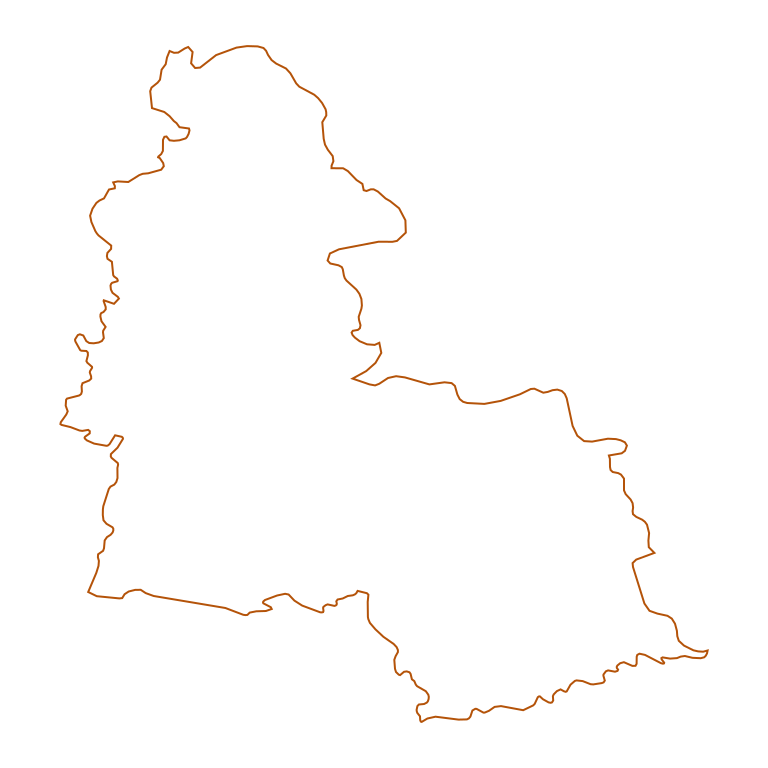 the border of Sumy
{"feature_id": "UKR-325", "entity_name": "Sumy", "entity_type": "Region", "adm_level": 1, "iso_a3": "UKR", "parent_name": "Ukraine", "parent_adm1": "", "projection": "natural_earth1", "projection_center": [34.032, 51.234], "detail": "fine", "context": "isolated", "style": "outline", "palette": "amber", "viewbox_px": 768, "rotation_deg": 0, "n_neighbors": 0, "source": "natural_earth", "source_scale": "10m", "svg_char_len": 6019}
<svg xmlns="http://www.w3.org/2000/svg" viewBox="0 0 768 768"><path d="M247.1,46.1L257.7,46.4L263.5,48.0L266.1,50.8L268.0,54.9L271.6,60.1L276.2,63.6L286.0,68.5L290.4,73.3L296.2,83.4L299.3,86.7L314.2,94.7L318.1,98.1L322.1,103.0L325.6,109.3L326.2,112.1L326.3,115.5L322.3,122.2L323.7,138.8L325.0,144.6L327.8,149.7L332.7,156.1L333.4,161.2L331.6,165.6L331.5,168.2L343.2,168.3L347.9,171.1L356.5,180.0L362.4,183.9L363.7,190.2L366.5,191.0L370.9,189.3L373.6,189.3L377.8,191.5L385.6,198.5L390.1,201.1L399.1,208.3L405.4,220.3L405.8,232.6L397.0,240.9L392.4,241.8L378.7,241.7L339.0,249.3L329.9,253.5L327.6,260.5L330.3,263.5L338.5,265.3L341.8,267.1L342.8,269.3L343.9,275.5L344.8,278.2L346.5,280.6L356.4,289.6L359.4,293.8L361.4,299.0L361.9,305.5L361.4,308.7L358.7,316.8L359.0,319.9L360.5,325.2L359.9,328.2L357.9,329.9L352.8,330.8L351.6,332.6L352.6,335.1L354.9,337.6L359.6,341.2L367.0,344.3L374.7,344.9L379.3,342.8L381.3,352.9L375.5,362.9L366.2,371.1L352.6,378.6L369.5,384.4L375.1,385.4L379.2,383.8L388.0,378.0L396.1,376.2L404.9,377.4L429.4,384.4L444.5,382.3L451.6,383.1L454.9,385.9L457.4,394.6L459.7,399.1L463.1,401.8L467.2,403.0L484.4,403.9L500.7,400.9L519.9,394.3L530.8,389.0L534.4,388.7L543.3,392.7L547.8,391.9L552.5,390.2L557.3,389.6L561.8,391.0L564.8,394.0L566.7,398.3L572.6,425.9L577.3,435.7L584.1,441.1L592.1,441.6L607.9,438.7L616.0,439.1L620.7,440.3L624.9,442.3L626.9,445.6L625.0,450.8L621.7,453.3L608.9,455.5L609.9,458.8L610.0,467.0L610.6,470.0L612.7,472.0L618.2,473.1L621.0,474.6L624.0,478.6L624.0,490.4L625.7,494.2L630.6,499.5L632.6,503.2L633.1,507.5L632.6,511.1L633.0,514.2L636.3,516.9L642.2,519.7L644.9,521.8L647.0,524.7L649.1,533.1L648.4,540.6L648.8,547.2L654.4,552.9L636.2,559.6L632.6,563.1L633.0,567.0L644.4,603.5L649.5,610.8L657.4,613.6L667.5,615.8L671.8,618.6L675.0,623.7L676.9,630.8L677.3,636.2L678.8,640.8L684.0,645.6L693.4,650.3L698.2,651.4L703.2,651.7L707.6,650.5L707.0,653.4L705.8,655.7L704.2,657.3L700.7,658.2L692.4,657.8L684.9,656.0L680.7,656.6L677.0,658.1L670.1,658.6L662.6,657.4L661.4,658.1L661.6,659.3L664.2,662.7L664.0,663.4L663.0,663.7L661.0,663.2L645.0,654.9L639.5,653.7L637.3,654.9L636.7,656.7L636.6,663.8L635.5,665.8L632.4,665.9L623.9,662.2L620.2,663.2L617.3,665.6L616.7,667.0L616.9,668.1L618.1,669.6L617.5,670.9L615.0,671.7L608.1,670.4L605.9,671.3L603.5,674.5L603.4,675.7L604.8,680.6L603.6,682.4L601.7,683.1L593.3,684.4L590.6,684.2L582.7,681.1L576.6,680.4L574.9,680.9L570.5,684.7L566.7,691.4L565.7,691.8L564.0,691.3L560.6,689.4L556.9,691.1L553.7,694.4L552.9,696.2L553.2,700.5L552.0,702.4L550.7,702.8L548.6,702.4L542.9,699.2L539.9,696.4L539.0,696.4L537.8,697.2L534.7,703.9L533.2,705.4L523.2,710.2L501.0,706.1L494.6,706.9L489.0,710.8L484.7,712.6L483.4,712.6L476.6,708.9L475.3,708.8L472.4,710.5L470.4,716.6L468.9,718.4L466.9,719.4L458.5,719.6L435.5,716.7L427.4,718.5L421.7,721.9L420.8,721.6L420.2,720.1L420.0,716.3L417.3,712.9L416.8,711.4L416.6,709.9L417.4,706.1L418.9,704.5L424.1,704.0L426.8,702.6L427.8,701.4L428.6,699.1L428.8,696.8L428.3,694.7L425.8,691.2L417.1,686.2L415.8,684.6L414.3,681.1L411.9,679.3L410.6,673.9L409.5,672.3L406.7,671.4L404.0,671.8L400.1,675.1L398.8,674.7L396.0,672.0L395.0,668.8L394.3,659.8L395.6,656.2L397.9,652.1L397.9,650.0L396.6,647.1L393.7,644.0L383.4,636.8L375.4,629.3L369.9,622.9L368.3,619.1L367.9,617.0L367.7,601.9L368.4,594.7L366.9,593.2L357.6,590.9L356.3,593.2L354.9,594.4L352.8,595.3L347.8,596.0L342.7,598.5L337.6,599.5L336.3,601.3L336.8,603.6L336.6,604.7L335.7,605.5L334.4,605.9L327.6,604.4L325.6,605.2L323.4,606.9L323.1,607.9L323.5,611.0L323.1,612.1L321.9,612.4L320.2,612.3L302.2,605.6L294.4,600.6L288.6,594.5L285.1,593.8L277.1,595.5L265.0,600.0L263.4,601.4L263.0,602.2L263.3,603.3L270.8,607.2L271.7,609.0L265.9,611.0L256.3,611.3L249.7,612.6L247.4,614.9L245.6,615.1L243.3,614.8L225.4,608.0L153.7,596.0L145.7,593.1L140.7,589.8L135.1,589.9L128.7,591.5L124.6,594.2L122.2,598.1L119.3,598.4L96.8,596.2L88.2,592.0L96.3,572.9L98.5,565.9L98.9,560.9L97.9,557.3L98.1,554.3L103.1,550.8L104.0,548.3L104.7,540.4L107.0,537.1L110.6,534.8L112.6,532.5L113.3,530.5L113.3,528.7L112.5,527.3L106.5,523.8L103.5,520.3L102.8,515.0L102.9,509.3L103.3,506.2L108.8,489.0L110.5,486.6L114.3,484.6L116.3,482.0L117.5,478.1L117.4,467.9L118.1,464.7L117.8,463.1L111.5,457.8L110.8,456.5L110.9,454.1L117.5,447.7L123.0,438.8L122.7,437.6L121.8,436.8L115.1,435.3L109.5,444.2L107.7,445.6L106.4,445.8L94.1,443.6L86.9,440.4L84.8,438.5L84.6,437.5L85.1,436.7L89.7,433.4L89.8,431.2L88.2,429.9L82.3,430.9L79.5,430.5L70.5,427.1L61.5,424.9L60.4,424.1L60.8,422.2L66.3,414.5L67.7,411.3L65.7,405.7L66.1,399.8L67.0,398.6L79.1,395.5L80.2,394.8L81.2,393.9L81.9,391.5L81.6,386.2L82.5,383.2L89.2,380.5L91.2,378.6L91.1,376.3L89.8,372.6L90.0,371.2L92.1,367.8L92.0,366.8L87.4,362.8L86.4,361.1L87.9,355.3L87.8,352.5L86.4,351.0L81.3,350.7L80.2,350.1L75.4,341.5L75.0,339.8L75.3,339.0L77.8,335.1L79.9,334.3L83.3,335.5L86.3,341.1L89.2,343.0L93.7,343.3L98.7,342.5L101.9,341.0L103.8,338.1L103.0,332.3L103.2,330.7L105.6,326.9L101.5,321.3L100.4,316.6L100.5,314.4L101.2,313.1L103.5,312.0L105.7,309.4L105.7,307.0L103.6,301.0L103.8,300.3L114.0,303.8L118.9,298.6L117.9,296.9L112.5,292.8L110.9,289.5L110.5,285.6L111.1,283.9L112.1,282.8L117.5,281.2L117.8,280.4L117.1,278.7L114.0,276.4L113.2,275.1L111.9,261.8L107.5,258.8L106.9,256.1L107.4,252.9L111.1,248.9L111.2,245.6L98.5,235.4L96.9,233.5L95.4,231.2L91.4,222.0L90.1,215.7L92.5,208.7L96.4,202.9L99.5,200.5L104.0,198.4L109.0,189.5L114.8,188.3L114.9,186.1L113.2,182.4L117.8,181.4L128.3,182.0L139.3,175.1L142.7,173.8L148.2,173.3L161.2,169.7L163.8,166.2L163.2,163.1L159.7,158.0L158.1,157.3L158.3,156.6L161.2,154.1L162.9,150.9L163.0,139.8L164.4,136.8L166.5,136.5L169.6,140.3L173.9,140.8L179.4,140.3L185.7,138.4L187.0,137.0L188.6,133.9L189.5,130.4L189.0,128.5L179.5,127.2L176.5,123.1L173.8,121.0L169.6,116.2L164.3,112.0L152.0,108.1L150.2,91.2L151.5,87.6L157.6,82.7L160.0,79.7L161.6,69.7L165.7,64.2L167.0,57.5L169.6,51.0L174.0,52.8L178.2,52.6L184.7,48.5L188.2,47.0L192.6,52.0L191.1,63.3L195.1,68.0L200.1,67.6L216.1,55.1L236.5,47.6L247.1,46.1Z" fill="none" stroke="#b45309" stroke-width="2"/></svg>